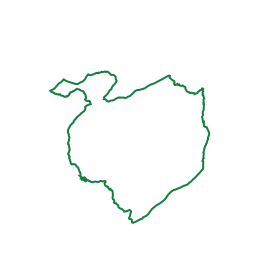 Saboyá, Boyacá, Colombia (Equal Earth projection), rotated 35°
{"feature_id": "7082276B63710886771215", "entity_name": "Saboyá", "entity_type": "district", "adm_level": 2, "iso_a3": "COL", "parent_name": "Colombia", "parent_adm1": "Boyacá", "projection": "equal_earth", "projection_center": [-73.781, 5.705], "detail": "fine", "context": "isolated", "style": "outline", "palette": "green", "viewbox_px": 256, "rotation_deg": 35, "n_neighbors": 0, "source": "geoboundaries", "source_scale": "gbopen_adm2", "svg_char_len": 5819}
<svg xmlns="http://www.w3.org/2000/svg" viewBox="0 0 256 256"><g transform="rotate(35 128 128)"><path d="M212.6,120.3L212.8,119.9L212.9,118.8L212.8,118.3L212.1,116.9L211.2,116.0L209.4,113.0L208.4,111.9L208.0,112.2L207.7,111.0L207.3,110.5L207.4,109.3L206.5,108.6L206.1,108.1L204.7,105.4L204.3,105.1L203.9,105.0L203.7,104.6L203.4,103.5L202.5,101.3L202.1,100.8L202.1,100.1L201.5,98.7L201.6,97.4L201.1,96.1L201.1,95.0L200.4,93.3L199.8,91.0L199.1,90.2L198.8,89.3L198.5,87.7L197.7,86.0L197.3,85.4L196.0,84.6L191.8,82.2L191.1,82.7L189.1,82.8L188.7,81.9L188.1,81.6L186.5,79.2L185.9,79.9L183.4,77.3L182.5,76.7L182.3,76.3L181.9,74.2L181.5,73.7L180.8,73.3L180.6,73.0L179.9,71.5L179.6,69.9L178.7,68.3L177.7,66.9L176.8,65.1L176.5,64.9L176.2,65.0L176.0,64.3L175.3,64.2L175.1,63.2L173.5,61.5L173.5,60.0L170.9,58.3L170.8,57.9L170.0,58.1L169.5,56.8L168.9,56.6L168.5,55.7L168.6,54.8L167.2,54.3L167.2,54.2L167.4,53.6L167.3,52.9L166.2,52.9L165.9,53.2L166.2,53.9L166.2,54.7L165.3,55.7L165.2,56.2L165.3,57.0L164.6,58.1L164.8,59.4L163.0,62.2L162.2,61.6L160.9,62.4L159.7,62.6L159.1,63.5L158.4,63.8L157.9,63.9L157.5,63.6L156.8,64.0L156.2,64.0L155.7,64.2L154.8,64.1L152.8,63.1L152.2,62.6L151.8,61.9L151.1,61.6L150.2,61.9L148.5,61.8L147.5,63.0L146.5,63.2L145.9,63.5L144.8,63.1L144.5,64.0L144.3,64.1L143.7,63.7L143.2,63.6L142.3,65.5L141.7,65.9L140.7,65.6L140.4,64.9L140.1,64.8L139.8,63.7L139.5,63.4L138.7,63.2L135.8,63.3L134.1,62.9L133.3,63.0L132.4,61.2L131.7,61.4L130.8,62.7L130.1,63.9L129.6,65.2L128.8,66.5L128.6,67.4L123.7,76.7L121.8,79.2L120.1,82.6L119.0,85.8L115.1,90.7L113.9,91.5L113.0,92.8L112.7,93.6L111.8,98.3L111.2,100.6L110.8,101.4L109.9,102.5L109.6,103.8L108.4,105.2L106.9,105.5L104.8,107.2L103.8,107.6L103.2,108.4L102.7,108.5L101.1,111.2L100.4,113.2L99.3,114.6L98.4,115.2L97.1,117.3L96.4,117.8L95.0,117.9L94.3,117.4L93.2,117.7L92.2,117.5L91.7,118.0L91.6,117.4L90.9,116.8L90.7,116.3L91.2,114.5L91.6,111.9L91.8,111.4L91.6,109.1L91.3,107.8L92.1,106.0L92.0,105.4L91.5,103.9L91.6,101.0L92.0,99.1L91.8,97.0L91.6,95.9L90.2,95.2L89.4,94.4L88.5,93.1L87.8,92.9L86.3,92.9L85.4,93.1L83.7,94.2L81.5,93.7L79.1,93.6L78.6,93.7L77.6,94.9L77.2,94.8L76.7,95.0L75.1,96.9L74.4,96.8L73.0,99.1L72.5,99.7L72.2,99.6L72.0,100.3L71.8,100.3L71.7,100.6L70.6,100.9L68.1,105.0L66.4,106.7L65.6,106.9L64.6,106.9L64.4,110.3L64.8,111.8L64.8,113.1L64.3,115.6L64.1,116.2L63.3,117.1L61.7,120.6L61.2,121.2L60.6,121.7L57.5,122.8L51.7,124.6L48.7,125.1L47.5,125.0L46.9,129.0L46.2,130.3L45.7,132.0L45.2,137.7L43.1,142.1L43.5,142.3L43.9,142.1L44.5,142.4L45.3,142.1L45.9,142.1L46.3,141.7L46.7,141.6L47.5,142.0L48.3,141.9L48.7,141.7L48.8,141.5L49.8,141.4L50.0,141.1L51.1,140.9L51.6,140.4L52.2,140.4L52.5,140.2L52.4,139.7L52.6,139.6L52.9,139.7L53.2,139.4L54.7,139.8L56.2,139.0L58.0,138.9L58.8,138.1L59.3,137.9L59.4,137.4L59.8,137.3L59.7,136.9L59.8,136.7L60.4,136.4L60.5,135.3L60.8,134.8L60.7,134.1L60.4,133.6L60.6,133.1L60.4,132.9L60.6,132.4L60.4,132.1L60.7,131.8L60.7,131.3L60.9,130.9L61.3,130.7L61.8,130.1L61.9,129.2L62.1,129.1L62.1,128.7L62.5,128.3L62.8,127.6L63.1,127.1L63.4,125.8L63.7,125.2L64.4,125.2L65.0,124.8L65.3,124.9L66.1,124.3L67.4,124.4L70.2,123.6L70.8,123.9L71.2,123.9L71.7,124.5L73.6,124.9L76.2,127.0L76.5,127.6L76.4,129.1L76.5,129.3L77.1,129.6L77.7,129.6L79.8,129.0L80.4,128.2L81.3,128.0L83.8,129.8L82.0,132.1L81.3,133.6L80.9,135.2L80.9,135.5L81.6,136.0L81.9,136.4L82.5,138.7L81.6,142.1L81.2,142.9L81.1,144.1L80.1,147.9L79.8,149.3L80.1,149.8L79.9,150.3L79.8,151.9L79.5,152.3L79.5,153.2L80.1,154.7L79.9,155.9L79.6,156.3L79.7,157.3L79.4,157.8L79.4,159.4L79.6,160.5L79.6,162.4L80.0,163.2L80.2,164.6L80.8,165.1L81.6,166.4L83.0,166.9L83.8,168.2L85.4,169.2L86.1,171.0L86.8,171.8L87.2,173.9L87.9,175.3L88.1,175.5L88.6,175.4L88.9,175.8L89.2,175.9L90.7,177.4L91.7,178.0L92.0,178.7L92.7,179.4L92.8,180.0L93.2,180.5L93.3,181.6L93.5,181.8L93.7,182.3L93.5,183.0L93.8,183.4L94.7,184.2L95.1,184.1L95.2,184.3L96.7,184.9L96.7,185.2L96.5,185.4L96.9,186.3L98.2,186.9L98.7,187.4L99.1,187.5L99.4,188.1L100.5,188.8L101.2,189.7L101.7,190.0L102.4,189.8L102.8,190.0L103.5,189.6L103.7,189.0L104.3,188.8L104.6,188.4L105.4,188.2L107.0,188.4L107.7,188.9L109.9,189.1L110.9,189.9L111.8,190.3L112.4,190.9L113.6,191.6L114.3,191.8L114.7,192.2L115.2,192.5L116.2,193.9L116.2,194.3L115.8,194.8L117.6,195.0L118.2,196.4L118.4,196.2L118.5,195.4L118.7,195.2L119.0,196.4L120.0,196.9L120.3,196.7L120.6,195.7L120.6,194.6L120.3,194.1L120.4,193.7L120.8,193.9L121.9,195.6L122.6,194.8L122.3,193.8L123.0,194.1L123.5,194.8L123.0,195.6L123.0,195.9L123.1,196.1L123.5,196.2L124.0,195.8L124.2,195.1L123.6,194.2L123.6,193.9L124.9,194.0L125.1,193.6L125.6,193.5L126.6,193.8L128.0,193.3L128.7,193.4L129.6,192.8L130.3,192.7L131.7,190.7L133.7,189.8L134.1,189.3L134.8,189.2L135.0,188.9L135.7,187.3L136.9,186.6L138.0,186.3L138.8,185.3L139.3,185.3L139.6,185.0L139.8,184.5L140.1,184.5L140.6,185.2L140.5,186.1L140.7,187.1L142.4,188.2L143.3,188.2L144.5,187.8L145.2,188.3L145.7,187.8L146.7,188.6L147.4,188.5L147.8,188.8L148.2,188.3L148.3,188.6L148.5,188.4L148.9,188.8L149.8,188.2L150.7,188.5L151.1,188.4L152.0,189.1L154.1,191.6L155.3,194.0L156.5,194.9L157.1,194.7L158.7,195.6L159.1,196.5L159.1,196.9L159.5,197.2L160.5,197.1L161.6,196.5L162.3,196.9L162.8,196.8L164.3,197.0L165.7,198.4L167.2,198.4L169.7,197.9L170.8,198.2L171.8,198.1L172.8,198.7L173.1,198.6L173.4,198.4L173.9,197.5L174.7,196.9L176.3,194.2L178.2,194.5L178.6,194.7L179.0,196.4L179.6,197.8L180.8,201.7L181.2,201.7L182.6,201.0L183.6,200.9L185.3,202.9L185.8,203.1L186.5,202.7L187.8,201.0L189.6,197.3L190.9,195.0L191.6,194.2L191.7,192.4L193.4,189.3L193.9,187.4L194.1,180.7L194.9,178.0L195.5,175.4L197.4,171.4L198.8,166.8L199.2,165.1L199.2,159.1L199.7,156.0L200.9,152.6L201.7,151.9L205.2,146.6L206.2,144.8L206.6,143.6L207.5,142.6L209.1,140.2L209.8,137.1L210.4,135.4L210.8,132.6L211.5,130.0L212.4,123.2L212.6,120.3Z" fill="none" stroke="#15803d" stroke-width="2"/></g></svg>